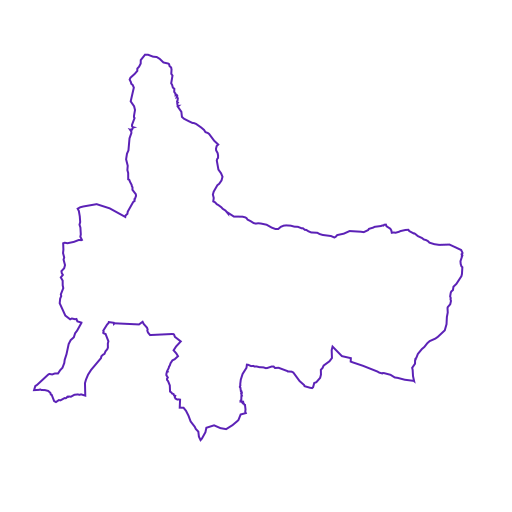 the district of Chirpar, Sibiu, Romania, rotated 276°
{"feature_id": "2599482B69447881154639", "entity_name": "Chirpar", "entity_type": "district", "adm_level": 2, "iso_a3": "ROU", "parent_name": "Romania", "parent_adm1": "Sibiu", "projection": "orthographic", "projection_center": [24.592, 45.895], "detail": "fine", "context": "isolated", "style": "outline", "palette": "violet", "viewbox_px": 512, "rotation_deg": 276, "n_neighbors": 0, "source": "geoboundaries", "source_scale": "gbopen_adm2", "svg_char_len": 6040}
<svg xmlns="http://www.w3.org/2000/svg" viewBox="0 0 512 512"><g transform="rotate(276 256 256)"><path d="M283.4,459.4L287.6,447.2L286.2,437.1L286.4,432.1L287.4,427.1L288.8,425.4L289.6,423.5L290.0,421.1L291.2,419.3L292.7,414.9L294.7,411.9L295.1,410.8L294.9,410.5L296.8,405.8L298.0,404.8L297.5,401.9L295.9,397.1L295.0,395.6L293.7,392.3L293.8,390.6L293.3,388.6L295.6,387.9L297.2,386.7L299.2,382.7L300.8,381.9L300.5,380.3L299.5,379.4L299.6,378.4L298.9,377.2L297.4,370.9L296.5,369.6L294.8,365.5L293.5,364.8L291.0,360.7L291.1,357.6L290.6,346.5L287.4,341.0L285.3,334.6L283.4,333.2L282.6,332.0L283.7,328.5L283.9,320.1L284.5,316.9L285.5,314.6L285.2,308.4L286.1,305.4L287.2,303.3L287.1,301.9L288.5,299.7L288.3,298.6L289.4,294.6L289.2,291.1L289.8,287.3L289.6,282.9L289.1,280.4L287.6,277.6L285.2,275.3L284.9,272.4L285.9,268.6L288.2,263.3L288.8,257.6L288.8,254.8L288.2,252.4L288.5,250.2L290.1,247.0L291.3,243.8L292.7,242.6L293.3,241.2L293.7,238.4L292.9,229.9L296.2,223.4L295.4,223.6L298.0,220.9L299.5,217.9L300.8,216.5L302.7,213.3L303.4,211.6L305.1,209.7L305.8,207.8L309.3,207.9L312.6,206.7L315.6,207.2L322.4,210.2L323.9,211.8L327.5,213.8L331.3,214.4L334.6,212.6L338.0,209.6L346.9,207.0L348.5,207.3L349.6,208.0L351.9,207.8L354.3,207.1L356.9,205.3L358.5,205.0L361.3,205.4L362.9,206.8L366.3,202.3L372.5,196.6L373.3,195.2L373.9,192.8L376.0,191.1L378.1,188.0L381.1,182.6L381.7,180.4L381.7,178.8L382.9,175.4L385.0,170.0L386.6,167.8L391.6,166.7L396.5,162.5L397.1,163.1L397.0,162.6L397.8,162.2L399.6,161.7L400.1,162.0L400.1,161.7L401.6,161.3L402.0,161.7L404.7,161.8L405.2,161.2L406.2,161.0L405.9,160.6L407.3,160.9L407.9,160.3L407.7,159.6L408.3,159.3L408.0,159.1L409.0,158.9L410.7,157.5L413.8,157.3L414.8,155.7L417.4,154.7L418.9,153.6L426.7,154.1L428.3,152.7L432.6,152.5L434.6,151.9L435.8,150.2L437.7,149.5L438.2,148.6L438.8,143.7L442.0,139.6L443.5,136.5L443.5,132.7L444.9,127.5L444.6,124.6L438.8,120.9L435.3,121.2L432.0,119.9L430.0,118.4L427.7,118.6L424.4,116.3L420.2,112.5L418.2,111.9L415.7,113.5L414.3,113.9L413.2,115.5L410.7,116.9L396.7,115.2L392.2,119.1L388.6,120.4L382.4,120.0L381.2,120.2L380.5,120.8L373.6,119.0L372.2,119.1L371.2,120.1L371.1,120.8L370.8,120.1L368.8,119.6L368.8,118.7L368.2,118.5L368.4,117.6L366.7,119.0L365.3,119.2L359.8,117.9L347.7,118.1L344.3,117.0L338.6,116.7L332.3,119.0L328.0,119.1L325.2,120.2L318.9,120.9L318.5,122.0L316.7,122.9L313.7,124.9L312.5,125.2L311.4,126.0L308.9,126.2L304.9,130.0L303.3,130.4L300.0,129.6L299.8,129.2L298.0,129.5L297.0,128.3L295.7,127.7L286.7,123.8L284.5,123.7L282.6,122.0L281.2,121.9L288.1,105.5L290.9,92.1L287.2,79.1L286.1,76.1L284.4,73.7L282.3,75.1L277.0,76.6L271.4,77.6L268.7,77.2L265.9,78.4L259.2,79.5L256.8,79.3L253.8,81.2L253.5,80.7L253.4,78.1L251.0,73.4L249.0,67.2L249.2,64.4L248.5,62.9L242.1,63.8L238.7,63.8L234.5,65.4L232.3,65.0L227.0,67.0L223.8,66.5L220.6,64.1L218.7,64.6L217.0,65.9L214.3,64.1L211.3,66.3L206.7,66.8L203.9,67.7L197.4,65.9L195.8,66.5L193.2,65.7L188.5,65.7L176.8,72.6L173.6,77.8L174.6,79.4L174.2,82.7L174.6,84.0L172.3,85.2L171.5,89.4L171.3,89.4L163.1,85.9L160.3,84.2L156.1,83.3L153.0,80.5L148.9,78.9L138.5,77.8L132.8,76.6L129.5,76.5L124.6,75.2L122.0,73.2L118.5,71.4L118.1,68.1L116.9,65.7L117.1,62.8L116.3,61.7L105.0,51.8L103.6,50.1L99.4,49.3L100.2,54.2L100.7,55.3L100.3,56.6L100.6,60.0L100.1,63.4L98.4,65.8L96.8,66.4L96.6,67.3L90.6,70.4L89.8,72.3L92.1,75.0L92.0,76.6L94.7,80.5L94.6,81.4L95.0,82.2L96.4,83.2L96.2,83.9L96.7,84.5L96.7,86.6L99.0,89.9L99.7,93.2L99.5,95.0L100.1,96.5L99.3,100.8L111.7,99.2L115.2,99.8L120.5,101.4L125.5,103.9L138.2,112.5L140.1,112.7L141.8,114.1L142.8,115.5L145.5,116.3L147.7,117.8L149.4,118.3L153.3,117.8L155.8,118.1L162.8,114.5L162.9,113.3L163.6,112.1L164.8,112.4L165.8,111.9L172.3,115.1L173.8,116.3L174.9,116.5L174.7,121.5L173.6,121.8L174.3,122.4L175.7,146.8L178.7,150.1L176.7,151.4L173.3,155.1L171.6,155.9L170.4,155.7L168.6,156.6L166.3,158.9L169.6,180.3L169.7,181.9L169.3,182.7L167.1,183.8L163.2,190.1L157.7,186.0L153.6,183.9L150.7,187.0L148.2,188.9L144.8,185.9L143.5,183.8L140.4,182.2L138.0,181.7L137.0,181.1L135.5,180.9L132.3,179.7L131.8,180.2L131.5,179.5L129.3,179.2L128.1,179.3L125.9,181.0L124.5,180.3L123.5,180.5L122.4,181.6L118.3,183.8L112.2,184.7L111.4,186.1L110.4,187.0L110.1,188.4L108.7,189.1L108.5,190.3L107.1,190.0L105.8,190.8L105.0,192.8L105.3,194.1L105.2,195.5L97.2,196.0L97.5,199.8L94.7,202.6L90.2,205.5L84.6,208.3L79.8,212.9L77.7,214.2L75.3,217.0L70.4,218.1L67.1,220.1L68.8,221.3L75.4,224.1L80.0,224.6L83.2,232.0L81.1,238.6L80.7,244.4L85.3,250.3L90.2,255.0L91.1,255.7L96.8,257.3L98.7,262.3L100.0,261.6L102.3,261.6L106.8,260.6L107.0,259.9L109.1,258.5L110.6,258.3L109.3,257.9L108.7,258.5L107.6,258.8L109.8,256.7L109.6,255.8L110.5,255.7L111.5,256.4L115.3,256.1L115.6,256.6L117.6,255.6L117.9,255.7L117.8,256.1L118.4,256.3L120.0,255.6L119.9,255.1L123.6,254.2L123.9,253.7L124.6,253.6L125.9,254.0L126.8,253.7L131.5,253.8L137.3,255.0L143.8,258.2L147.0,258.3L147.0,259.5L146.0,262.6L146.4,265.1L145.9,265.9L146.2,268.1L145.8,271.0L146.0,275.1L145.5,277.3L145.7,278.7L147.7,283.1L147.9,285.1L146.6,286.6L147.2,290.1L144.8,299.4L144.5,299.7L144.7,303.5L144.0,305.3L136.2,312.4L132.7,317.3L131.6,317.9L130.6,323.6L130.5,325.6L131.5,326.5L135.8,327.2L136.8,329.2L141.5,332.5L144.8,333.0L149.6,332.4L151.6,333.9L154.1,334.7L159.0,340.1L162.5,342.2L170.3,341.1L173.9,341.6L165.4,351.9L164.3,361.0L160.9,361.2L160.4,363.0L158.0,373.8L153.8,388.8L152.9,390.8L152.4,393.9L152.9,394.4L152.9,395.7L151.9,402.2L149.7,406.7L149.6,409.7L148.5,416.8L148.3,426.0L148.1,426.3L153.0,424.7L159.1,423.7L161.1,423.0L165.5,425.4L169.1,425.1L169.7,425.6L170.4,425.3L171.5,426.1L175.5,427.2L180.8,430.7L183.1,432.9L187.2,435.5L189.5,437.6L192.6,443.0L194.6,445.3L201.8,451.5L208.1,452.6L215.4,452.2L219.8,452.6L224.4,451.9L225.3,452.1L228.3,454.2L231.7,454.6L233.5,453.9L234.5,454.1L236.1,453.3L239.6,453.5L241.1,453.9L242.7,455.4L246.1,455.6L249.2,458.2L257.4,462.4L259.6,462.7L266.4,462.4L267.2,461.4L269.5,460.4L272.2,459.9L277.8,461.1L277.8,460.7L278.7,460.8L279.3,460.3L280.1,461.0L280.8,461.0L283.4,459.4Z" fill="none" stroke="#5b21b6" stroke-width="2"/></g></svg>